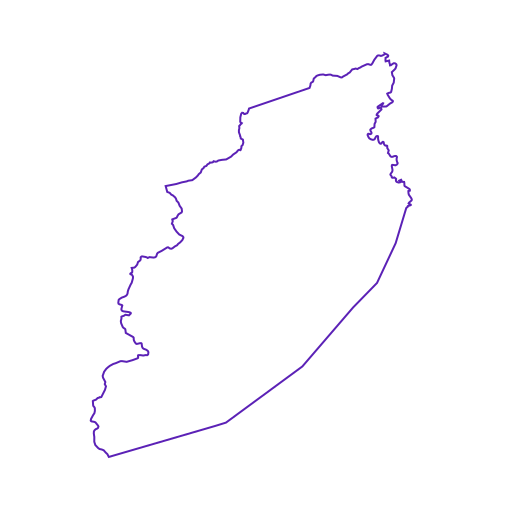 El Paraiso, El Paraíso, Honduras (Natural Earth projection), rotated 95°
{"feature_id": "27666195B18582423233621", "entity_name": "El Paraiso", "entity_type": "district", "adm_level": 2, "iso_a3": "HND", "parent_name": "Honduras", "parent_adm1": "El Paraíso", "projection": "natural_earth1", "projection_center": [-86.568, 13.849], "detail": "fine", "context": "isolated", "style": "outline", "palette": "violet", "viewbox_px": 512, "rotation_deg": 95, "n_neighbors": 0, "source": "geoboundaries", "source_scale": "gbopen_adm2", "svg_char_len": 6062}
<svg xmlns="http://www.w3.org/2000/svg" viewBox="0 0 512 512"><g transform="rotate(95 256 256)"><path d="M194.2,352.1L199.9,350.0L200.6,347.5L202.3,345.7L202.8,344.2L204.7,341.6L206.1,340.6L207.9,339.9L209.5,338.0L212.7,336.4L215.2,334.2L217.9,333.6L219.1,333.9L221.2,336.8L222.7,337.6L224.3,338.2L224.9,338.6L226.8,342.6L227.2,342.6L227.9,342.1L228.7,342.0L231.2,342.6L232.3,341.3L235.5,339.9L238.6,337.3L241.3,334.3L242.6,330.9L243.6,330.0L244.2,329.9L246.6,330.8L249.1,332.8L250.7,334.6L252.2,335.6L253.4,337.5L255.5,339.8L256.1,340.8L256.1,342.3L255.0,344.3L255.2,345.2L259.1,350.4L261.4,354.1L262.3,354.7L264.9,355.3L265.5,355.7L266.1,356.5L266.5,357.9L266.4,362.0L267.4,363.7L266.9,364.6L266.6,365.9L266.3,369.3L266.5,370.0L267.1,370.6L267.4,370.8L269.1,370.6L270.1,370.8L270.9,371.4L272.3,373.0L274.9,373.6L276.7,374.8L277.6,375.5L278.2,376.3L278.7,378.8L280.9,378.0L282.8,377.9L283.3,378.1L284.2,379.4L284.8,379.7L285.1,379.4L285.4,378.1L286.5,377.2L287.5,376.7L289.2,376.7L293.5,377.5L295.4,378.4L300.2,380.1L302.3,380.6L304.5,380.7L305.5,381.0L306.4,381.5L307.2,382.3L308.1,383.8L309.1,386.0L310.9,388.4L311.8,389.0L314.6,389.1L315.5,388.8L316.0,387.9L316.5,385.4L316.9,384.9L320.6,385.5L321.4,385.3L322.1,384.8L322.5,384.1L322.7,383.0L322.9,378.7L323.1,377.0L323.4,376.1L323.8,375.7L324.3,375.8L326.2,377.4L325.9,381.0L327.1,382.5L327.9,384.4L328.2,384.8L330.1,384.6L332.6,385.0L334.7,384.5L338.3,382.6L339.1,381.8L339.9,380.3L340.4,379.8L344.0,379.0L347.5,371.2L348.2,370.7L349.5,370.6L350.9,370.2L352.8,368.9L353.9,367.7L354.0,367.2L353.7,366.1L352.9,363.8L352.9,362.6L353.2,362.3L356.3,361.6L357.6,360.8L358.2,359.9L358.9,357.4L359.4,356.4L360.3,355.2L361.3,354.8L363.5,354.9L364.3,355.8L364.3,357.2L365.0,359.7L364.8,362.5L365.0,364.4L365.2,364.8L365.7,364.9L367.0,364.6L367.8,364.6L368.4,365.4L370.5,369.9L372.7,375.6L372.4,380.3L372.6,381.9L375.0,386.4L376.0,388.8L378.2,392.1L379.8,393.8L381.4,395.3L384.5,397.2L388.8,398.3L390.5,397.8L394.7,395.1L396.8,395.5L398.9,394.1L402.5,394.8L410.0,397.8L410.3,398.7L410.3,399.6L410.9,400.1L411.3,401.4L413.0,402.8L414.3,405.5L414.7,405.9L419.0,405.2L419.7,404.9L420.5,404.0L421.6,403.3L424.4,403.0L426.7,403.3L428.7,404.4L432.6,406.1L434.4,406.3L434.8,406.0L435.1,405.4L435.3,402.8L435.7,401.5L438.6,398.7L439.5,398.1L441.0,398.4L442.0,399.5L442.3,400.3L443.1,401.2L444.1,401.9L445.1,402.2L447.0,402.1L450.4,401.3L455.2,400.9L458.3,399.6L461.0,396.6L461.9,395.1L462.2,392.8L462.8,390.8L465.0,388.5L466.3,386.8L469.0,385.1L428.8,281.7L424.6,271.4L362.0,200.2L298.7,154.7L272.3,133.1L231.1,118.0L195.1,110.5L193.8,109.2L193.4,109.3L193.0,109.1L192.1,106.8L191.6,106.2L191.3,106.4L190.5,108.4L190.3,108.6L189.4,108.1L187.1,105.9L186.5,105.7L185.7,105.9L184.7,106.5L181.6,109.1L180.0,109.6L178.0,109.9L177.8,109.5L177.6,108.5L177.0,108.4L176.4,108.6L175.8,109.1L173.4,114.0L172.8,114.3L170.3,114.6L169.3,114.9L169.4,117.3L168.3,117.5L167.4,118.1L168.4,119.8L169.5,118.5L170.0,118.8L170.4,120.2L170.0,122.1L169.6,122.7L169.0,123.1L167.9,123.3L167.1,123.1L166.8,123.3L165.7,125.0L166.2,126.4L166.0,127.4L165.8,127.6L165.0,127.7L163.3,129.2L162.3,129.0L160.4,127.8L159.3,127.5L158.0,127.6L154.6,128.6L153.7,128.5L153.4,128.3L153.3,127.6L153.5,124.9L152.6,123.6L151.6,123.0L151.0,123.0L149.9,123.7L148.1,124.3L146.8,124.4L145.1,124.2L144.7,124.4L144.2,125.1L144.2,126.0L144.5,127.1L145.2,128.4L145.4,129.3L145.3,130.1L144.9,130.8L142.6,132.5L141.9,133.5L139.2,133.0L137.1,134.6L134.9,134.9L134.6,135.4L134.8,136.1L134.7,136.8L134.3,137.5L133.1,138.4L131.6,138.7L131.2,139.3L131.2,139.6L131.5,140.0L133.2,141.2L133.3,141.9L132.9,142.6L132.0,143.4L130.4,144.1L128.6,144.6L126.4,144.8L126.0,145.0L125.9,145.7L126.2,146.5L127.1,147.1L129.3,148.0L129.9,148.9L130.1,149.9L129.7,151.8L128.9,153.4L127.6,154.4L125.7,155.4L125.0,155.3L124.5,154.9L124.4,154.1L124.7,153.4L124.7,153.0L124.4,152.2L123.9,151.7L123.0,151.7L121.0,153.0L120.1,153.1L118.9,152.0L117.9,149.9L117.3,149.3L114.1,149.4L111.9,148.5L108.7,148.9L107.3,146.6L106.2,146.0L105.8,146.1L105.5,146.4L105.2,148.0L104.5,148.1L103.4,147.5L99.1,143.8L97.9,144.2L97.5,144.8L97.6,145.6L98.3,146.7L98.3,147.3L97.6,147.8L96.7,147.8L92.7,142.9L92.8,142.6L93.2,142.7L95.0,144.1L95.6,144.2L95.9,144.0L96.1,143.0L95.7,139.3L95.2,138.6L92.4,135.7L91.0,133.6L90.3,133.2L89.8,133.1L89.4,133.4L88.6,134.9L87.4,136.3L83.9,138.9L82.8,139.4L82.0,138.1L81.4,136.2L80.8,135.7L77.6,135.2L74.4,135.2L71.3,133.9L67.1,133.8L66.4,134.1L64.0,135.9L61.0,136.7L58.4,134.4L57.1,133.4L53.9,132.6L53.3,132.7L52.7,133.0L52.0,134.1L51.9,135.4L52.6,136.5L54.2,138.3L54.4,139.1L53.3,139.3L51.8,140.0L49.7,140.4L50.8,143.8L49.7,144.1L47.3,144.2L45.8,141.9L45.0,141.7L44.5,142.0L44.0,142.7L43.0,145.5L43.5,145.3L44.3,146.0L45.5,148.1L45.8,149.1L45.5,150.2L45.5,151.5L45.7,152.2L46.1,152.7L50.1,155.2L54.0,156.9L55.4,157.8L55.6,158.7L55.1,160.8L55.3,162.2L58.2,167.4L59.0,168.3L59.9,170.0L60.9,171.2L60.6,173.2L61.1,174.3L61.7,176.4L65.1,178.7L65.9,180.0L67.1,181.0L69.7,185.0L70.5,185.8L70.7,186.5L70.6,187.4L69.5,190.7L69.6,195.3L68.9,197.1L68.8,198.0L69.1,199.8L69.8,202.3L69.3,204.9L69.9,208.2L70.6,210.0L71.4,211.5L72.4,212.2L74.2,213.9L77.0,214.3L77.6,214.7L78.4,216.0L79.4,216.6L81.5,216.7L83.9,217.3L109.7,275.8L110.9,276.0L113.4,276.7L114.5,277.2L114.8,277.8L115.0,278.5L115.4,279.0L115.6,279.8L115.5,280.3L114.6,281.1L114.5,282.3L115.5,283.1L119.2,283.7L123.7,283.4L124.4,282.8L124.9,281.7L125.3,281.9L126.1,282.8L127.0,283.3L128.0,284.1L130.1,283.7L132.0,284.0L134.2,283.8L137.4,282.3L138.3,282.2L138.9,281.7L140.3,281.4L141.2,279.2L144.2,278.5L146.6,279.0L147.9,280.1L149.6,280.0L151.8,280.6L152.0,280.9L151.6,281.7L151.9,282.6L152.6,283.3L154.4,284.5L156.9,287.6L159.2,289.5L162.4,294.1L163.2,298.4L163.9,300.9L164.2,301.9L165.2,303.1L165.5,304.0L165.6,304.7L165.3,306.5L166.2,307.0L166.5,307.4L167.0,309.4L166.8,310.0L167.9,310.7L168.9,312.3L170.6,313.3L171.5,315.2L172.6,315.8L173.0,315.9L174.5,317.5L177.6,318.3L179.5,320.2L180.8,320.9L183.0,322.7L186.0,326.1L186.9,330.0L187.7,331.5L189.1,336.3L191.2,341.6L194.2,352.1Z" fill="none" stroke="#5b21b6" stroke-width="2"/></g></svg>